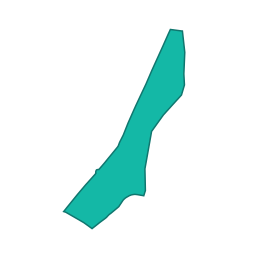 Qasr Al-Nile, Al Qahirah, Egypt, rotated 191°
{"feature_id": "37247803B52731964573716", "entity_name": "Qasr Al-Nile", "entity_type": "district", "adm_level": 2, "iso_a3": "EGY", "parent_name": "Egypt", "parent_adm1": "Al Qahirah", "projection": "natural_earth1", "projection_center": [31.236, 30.043], "detail": "fine", "context": "isolated", "style": "filled", "palette": "teal", "viewbox_px": 256, "rotation_deg": 191, "n_neighbors": 0, "source": "geoboundaries", "source_scale": "gbopen_adm2", "svg_char_len": 1087}
<svg xmlns="http://www.w3.org/2000/svg" viewBox="0 0 256 256"><g transform="rotate(191 128 128)"><path d="M175.2,33.7L173.2,33.5L167.9,31.7L153.4,26.7L144.1,22.4L143.8,22.8L143.3,23.3L137.5,30.1L132.6,35.5L132.0,36.3L131.5,37.1L131.3,37.5L130.7,38.4L130.3,39.0L129.9,39.6L128.8,40.7L125.2,45.1L122.7,48.2L122.0,49.1L121.4,50.6L120.1,53.7L119.0,56.3L118.6,56.9L118.2,57.5L117.1,58.9L115.7,60.2L115.4,60.4L115.2,60.6L113.7,61.9L111.7,63.1L109.8,63.8L109.2,64.0L108.5,64.2L106.0,64.4L100.1,64.5L99.8,64.5L99.6,64.5L99.0,69.9L103.6,91.2L103.9,111.0L104.2,129.2L95.8,147.5L89.4,158.1L81.8,170.6L80.8,181.0L83.5,191.8L86.7,213.1L93.1,233.6L93.3,233.6L93.6,233.5L105.2,232.8L106.5,227.5L109.4,214.9L115.7,188.5L118.7,174.7L123.2,157.0L124.7,151.0L125.6,147.2L128.9,132.8L131.3,120.1L133.5,112.4L134.2,108.3L134.6,107.5L134.8,107.0L135.3,106.1L141.3,95.0L144.5,89.0L148.7,81.7L149.0,81.7L149.3,81.6L150.6,81.1L150.9,80.8L151.1,80.5L151.3,79.3L151.2,78.3L151.2,78.2L150.9,77.5L151.5,76.2L158.8,64.0L164.7,53.5L172.7,38.5L175.2,33.7Z" fill="#14b8a6" stroke="#0f766e" stroke-width="1.5"/></g></svg>